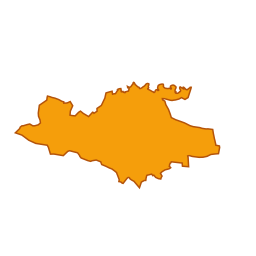 Malam Madori, Jigawa, Nigeria (orthographic projection), rotated 216°
{"feature_id": "59680162B52658055469559", "entity_name": "Malam Madori", "entity_type": "district", "adm_level": 2, "iso_a3": "NGA", "parent_name": "Nigeria", "parent_adm1": "Jigawa", "projection": "orthographic", "projection_center": [9.967, 12.523], "detail": "fine", "context": "isolated", "style": "filled", "palette": "amber", "viewbox_px": 256, "rotation_deg": 216, "n_neighbors": 0, "source": "geoboundaries", "source_scale": "gbopen_adm2", "svg_char_len": 5744}
<svg xmlns="http://www.w3.org/2000/svg" viewBox="0 0 256 256"><g transform="rotate(216 128 128)"><path d="M83.6,86.4L85.4,92.1L84.0,95.1L82.8,96.0L83.2,96.8L83.8,97.8L84.9,100.5L84.9,100.9L84.8,101.0L81.7,104.6L79.9,104.0L79.4,105.0L76.6,104.3L73.6,104.9L71.5,106.0L72.0,107.4L72.2,109.1L75.1,110.4L74.8,112.5L73.5,115.8L70.8,119.1L70.1,120.9L70.1,121.0L70.9,121.1L71.3,121.3L72.0,121.2L72.3,122.0L72.8,122.7L72.9,123.2L73.2,124.3L73.0,124.7L72.9,124.9L72.9,125.3L73.1,126.1L66.0,130.1L63.6,131.5L61.5,129.1L56.2,132.3L58.1,134.6L62.0,139.4L63.3,140.5L62.7,141.2L61.7,142.0L60.5,142.3L59.2,142.8L53.2,146.1L50.1,148.5L47.4,151.5L45.4,155.3L42.4,158.1L39.7,160.4L42.4,166.1L43.5,167.2L46.9,165.7L48.0,166.9L49.1,167.8L50.4,169.0L51.9,170.2L53.5,171.7L55.8,173.8L58.6,176.6L60.8,175.4L62.8,174.3L64.3,173.1L67.8,171.3L70.2,170.5L76.1,167.4L79.3,166.3L83.8,165.6L85.4,165.3L87.9,164.6L92.0,163.4L94.3,162.7L99.1,161.9L101.9,164.0L106.1,166.8L111.1,169.1L113.9,171.3L114.8,171.3L116.2,171.1L116.8,171.3L117.5,172.0L115.7,173.2L110.1,175.3L108.5,176.2L107.7,177.1L106.1,178.6L103.8,181.4L102.6,184.0L98.7,184.6L97.3,187.9L100.3,197.0L100.8,198.1L101.3,197.8L101.7,197.3L101.6,196.9L101.7,196.5L102.0,195.9L102.2,195.2L102.4,194.4L102.5,194.0L102.7,193.6L103.3,193.5L103.7,193.3L104.2,193.2L105.0,193.5L105.8,193.6L106.9,193.7L107.3,193.5L107.2,193.1L106.8,193.2L106.8,192.9L106.4,192.6L106.2,192.6L106.1,193.1L105.7,193.0L105.7,192.4L106.3,192.2L107.1,192.2L108.3,192.1L109.2,192.0L110.0,191.9L110.0,191.2L109.7,190.7L109.1,190.1L108.6,190.0L108.1,189.7L107.7,189.5L107.3,189.0L107.2,188.5L107.3,187.9L107.6,187.6L107.6,187.2L107.6,186.7L107.8,186.3L108.0,185.7L108.4,185.1L109.0,184.7L109.6,184.3L110.6,184.4L110.7,184.6L110.4,185.4L110.8,185.6L111.5,185.4L112.0,185.9L112.5,187.0L112.6,188.0L113.0,189.1L113.5,189.5L114.0,189.6L114.4,189.6L114.7,189.6L115.0,189.6L116.0,189.6L116.3,189.5L116.6,189.3L117.4,188.7L117.6,188.3L117.8,187.9L118.0,187.6L118.1,187.3L118.2,187.0L118.2,186.8L118.1,186.5L118.0,186.4L117.8,186.3L117.4,185.9L117.1,185.8L116.8,185.7L116.6,185.7L116.3,185.6L116.1,185.4L116.0,185.2L116.1,184.9L116.6,184.6L116.8,184.6L117.0,184.7L117.4,184.7L117.6,184.6L117.8,184.6L118.0,184.4L118.2,184.1L118.4,183.9L118.5,183.7L119.0,183.3L119.3,183.1L119.6,182.9L119.9,182.8L120.3,182.6L120.7,182.3L121.1,182.2L121.5,182.0L121.9,182.0L122.3,182.0L122.6,182.0L123.0,182.1L123.6,182.3L123.8,182.4L123.9,182.6L124.0,182.8L124.5,183.5L125.0,184.0L125.4,184.1L126.1,183.7L126.5,183.4L126.6,183.2L127.0,182.8L127.4,182.4L127.8,181.9L128.2,181.1L128.5,180.4L128.5,180.1L128.4,179.7L128.3,179.4L128.2,179.2L127.9,178.4L127.7,178.0L127.4,177.7L127.0,177.4L126.8,177.2L126.4,177.1L126.0,177.0L125.7,176.9L125.4,176.6L125.4,176.4L125.6,176.2L125.9,175.9L126.0,175.9L126.3,176.1L126.6,176.0L126.9,176.0L127.3,175.9L127.4,175.7L127.7,175.4L127.9,174.8L127.9,174.5L127.8,174.0L127.7,173.8L127.6,173.5L127.5,173.2L127.5,172.8L127.6,172.6L127.7,172.3L127.8,172.0L128.1,171.9L128.5,172.0L129.1,172.1L129.4,171.9L129.8,171.7L130.2,171.7L130.5,171.7L131.5,171.6L133.7,171.3L134.4,171.2L134.9,171.1L135.1,171.2L135.2,171.5L135.0,171.8L134.9,172.6L135.1,172.9L135.4,173.0L135.7,173.3L136.0,173.5L136.3,173.9L136.3,174.3L136.3,174.6L136.6,175.3L136.9,175.7L137.3,176.0L137.6,175.8L138.2,175.6L138.6,175.3L138.9,174.8L139.2,174.2L139.3,173.5L139.3,172.2L139.4,171.9L139.4,171.6L139.7,171.0L139.9,170.4L140.1,170.0L140.2,169.3L140.4,168.7L140.6,168.3L140.8,167.9L141.0,167.5L141.2,167.3L141.5,167.0L141.8,166.8L142.0,166.8L142.3,167.1L142.5,167.2L142.9,167.4L143.5,167.3L144.4,167.0L144.8,167.1L145.6,167.2L145.9,167.2L146.4,167.3L146.6,167.3L146.8,167.3L147.1,167.4L147.3,167.4L147.5,167.3L148.0,167.5L148.7,168.0L149.1,168.1L149.5,168.3L149.9,168.3L150.2,168.3L150.3,168.0L150.4,167.6L150.3,167.3L150.1,167.0L149.9,166.3L149.8,166.1L150.0,165.8L150.0,164.8L150.0,163.2L150.1,162.7L150.7,161.9L150.9,161.8L151.2,161.6L151.9,161.5L152.6,161.3L152.8,161.3L152.6,161.1L152.5,160.9L152.4,160.8L151.6,160.4L151.3,160.6L151.0,160.9L150.6,161.2L149.8,159.4L149.4,158.1L151.4,155.7L151.2,155.5L151.1,155.1L151.5,154.8L151.5,154.7L152.0,154.6L152.4,154.6L152.6,154.4L152.8,154.4L152.8,154.2L153.0,154.2L153.5,154.6L153.8,154.3L153.8,154.2L154.1,153.9L154.4,153.6L154.5,153.5L154.7,153.4L155.1,153.7L156.0,154.6L155.9,154.7L156.1,154.8L156.7,155.5L157.0,155.7L158.0,154.8L158.1,154.7L158.9,153.5L158.5,153.0L158.6,152.9L158.9,152.6L158.5,152.3L158.5,151.9L158.5,151.0L158.4,149.3L158.3,148.5L158.6,148.2L158.9,147.9L159.2,147.7L159.4,147.4L159.6,147.3L159.7,147.2L159.8,147.0L159.9,146.9L160.0,146.7L160.4,146.3L162.5,148.4L165.1,145.2L165.7,144.4L165.9,144.2L166.4,143.4L164.3,138.6L162.8,130.6L164.6,125.6L162.9,123.4L164.2,119.9L165.1,120.1L165.7,120.1L165.9,120.0L166.6,114.1L172.8,113.5L176.4,113.7L177.2,111.7L177.9,106.7L180.9,105.0L182.5,104.3L184.6,107.9L185.8,113.5L190.3,115.4L191.7,112.9L192.7,111.8L194.6,110.4L195.3,111.4L197.3,110.7L200.7,110.3L204.7,109.2L207.5,108.0L209.0,107.6L210.4,107.1L211.9,106.5L211.5,105.4L211.0,104.5L210.1,102.8L210.9,100.5L213.1,94.3L209.4,87.4L207.3,84.9L203.8,82.7L201.8,80.6L202.5,77.8L204.8,74.9L206.3,73.8L209.8,73.5L211.5,71.6L214.0,68.3L215.1,67.4L215.7,65.4L215.3,63.7L215.9,60.2L216.3,57.9L209.7,59.9L201.0,59.8L193.6,61.3L183.2,66.6L181.1,65.6L175.4,61.3L172.6,63.4L164.1,67.6L163.0,73.7L161.9,75.3L154.2,78.3L151.1,77.3L150.2,76.7L148.3,76.2L141.3,78.0L138.6,79.1L137.9,80.3L134.9,83.4L130.2,84.6L127.8,83.0L123.2,84.1L119.6,84.7L116.9,85.4L113.6,85.4L111.0,85.2L110.1,84.5L108.3,83.4L104.7,81.0L103.9,79.3L103.3,79.6L102.6,79.9L101.2,80.2L100.4,79.9L99.4,80.3L99.3,83.7L99.2,86.6L99.0,87.7L98.3,88.5L97.5,88.5L96.3,88.0L94.1,88.1L91.9,88.4L83.6,86.4Z" fill="#f59e0b" stroke="#b45309" stroke-width="1.5"/></g></svg>